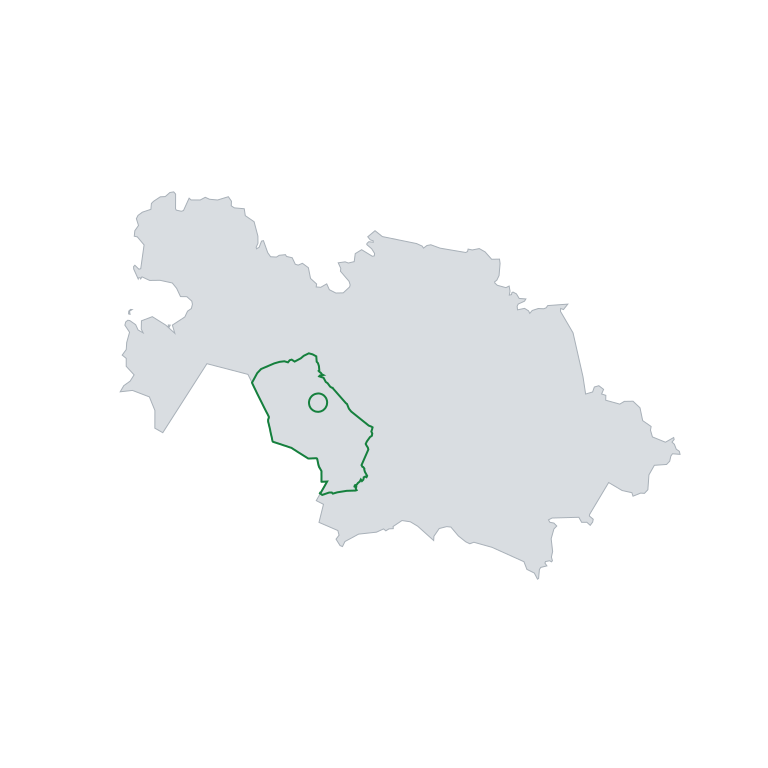 Qyzylorda on a map of Kazakhstan (Albers equal-area conic projection), rotated 27°
{"feature_id": "KAZ-3197", "entity_name": "Qyzylorda", "entity_type": "Region", "adm_level": 1, "iso_a3": "KAZ", "parent_name": "Kazakhstan", "parent_adm1": "", "projection": "albers", "projection_center": [63.953, 45.065], "detail": "fine", "context": "in_parent", "style": "outline", "palette": "green", "viewbox_px": 768, "rotation_deg": 27, "n_neighbors": 0, "source": "natural_earth", "source_scale": "10m", "svg_char_len": 6771}
<svg xmlns="http://www.w3.org/2000/svg" viewBox="0 0 768 768"><g transform="rotate(27 384 384)"><path d="M457.9,508.7L454.2,510.8L452.3,514.0L449.4,513.3L444.6,519.4L429.5,529.3L420.7,542.1L420.8,547.7L418.2,547.9L411.7,544.0L412.6,539.1L409.4,535.5L388.9,536.8L384.7,518.7L376.6,518.7L377.5,496.7L372.8,499.4L367.6,489.8L357.9,481.0L350.4,484.7L330.5,482.9L310.8,485.6L297.9,470.2L295.6,465.1L258.4,437.2L217.0,446.3L209.0,527.8L199.9,527.4L191.9,511.6L180.8,502.0L162.8,503.9L152.5,510.7L152.9,503.6L156.5,496.7L157.2,489.3L146.3,485.3L142.7,478.2L137.6,477.1L138.7,470.3L135.9,463.8L133.8,453.4L126.4,449.2L125.7,446.0L126.8,443.5L128.7,442.9L135.8,443.9L140.3,447.5L146.2,447.8L142.8,445.3L139.2,437.8L147.0,429.2L162.8,430.6L174.6,433.8L168.7,427.6L176.1,414.7L175.9,408.3L178.1,404.2L177.1,399.9L175.1,397.4L168.7,395.7L163.0,398.5L155.8,392.9L149.5,390.1L137.3,393.3L128.2,398.1L119.7,398.4L119.5,400.8L118.5,400.0L117.1,400.9L117.3,402.0L108.8,395.2L107.6,393.1L108.1,391.3L113.5,393.0L114.9,391.7L107.1,369.0L97.4,364.9L94.4,365.7L92.4,360.5L93.3,354.2L88.3,349.1L88.3,345.4L90.7,340.6L97.0,334.2L94.8,328.7L95.7,325.9L99.7,318.8L104.0,316.3L106.3,310.6L109.4,308.3L112.1,309.4L118.7,322.5L120.0,323.4L125.0,322.1L126.6,320.5L126.0,306.9L128.5,307.6L136.7,303.5L140.0,298.8L144.7,298.6L152.2,295.6L160.3,287.8L165.1,290.4L167.0,294.6L170.7,295.0L179.9,291.3L184.0,297.0L194.6,298.4L204.5,309.5L207.8,315.8L208.0,320.2L209.1,321.4L210.7,318.8L210.0,312.3L211.5,311.0L220.8,319.8L225.2,322.1L230.6,319.7L232.2,316.9L237.5,313.5L239.2,314.6L244.9,313.2L250.6,317.6L253.6,317.0L256.5,313.5L263.8,314.7L270.6,323.3L278.6,325.5L279.5,328.3L283.7,326.6L287.5,320.8L292.5,324.8L299.8,324.8L306.3,321.3L309.3,313.2L308.9,311.1L306.3,308.4L294.0,303.3L293.0,300.6L288.2,296.8L293.9,292.8L297.3,292.4L301.9,288.5L299.2,280.9L303.1,274.5L315.7,275.5L317.2,274.2L316.3,271.9L311.6,269.1L305.4,267.6L305.0,266.5L305.9,264.1L310.1,262.6L309.3,261.3L306.3,261.8L302.7,260.2L306.4,251.5L315.6,253.4L349.2,244.1L355.4,243.8L357.5,245.0L359.4,241.1L362.5,238.7L372.3,237.5L397.2,229.7L398.3,228.0L397.7,225.6L401.8,224.5L407.4,220.1L414.1,220.4L423.3,224.0L430.2,220.3L432.7,223.9L437.3,235.2L437.4,240.3L436.2,242.7L436.9,243.7L440.2,244.6L448.9,242.8L451.0,239.9L454.1,244.0L455.3,247.9L457.0,246.5L456.5,244.5L457.2,243.5L461.1,243.6L465.6,246.4L471.8,243.8L471.6,246.4L467.3,251.8L467.3,254.2L469.3,257.3L474.9,252.8L479.6,253.2L481.8,254.9L482.7,251.2L487.2,246.7L492.1,244.5L493.9,242.5L494.3,239.8L511.5,229.4L510.1,236.2L507.1,236.5L508.3,239.2L529.2,252.6L558.0,287.2L568.2,301.4L573.5,296.4L572.8,291.2L576.2,288.0L582.1,289.1L582.4,294.1L586.8,293.4L588.9,297.8L603.2,294.9L606.0,290.4L613.7,286.3L622.9,289.0L631.1,299.2L641.3,300.6L642.4,304.2L647.2,309.3L661.2,308.1L666.4,300.2L667.7,301.7L667.0,305.0L670.1,305.9L674.0,309.4L677.7,309.9L679.7,312.3L672.7,315.2L672.3,317.9L673.6,323.1L672.3,327.4L661.8,333.7L661.3,344.7L667.1,358.4L665.7,363.2L662.2,364.7L656.8,370.9L654.2,368.3L644.6,370.8L628.9,369.8L626.4,406.8L626.9,408.4L631.8,409.5L632.6,412.3L631.9,416.3L627.5,415.1L622.9,417.5L618.1,414.3L594.6,427.1L592.2,430.4L594.6,431.9L598.5,430.8L602.4,432.1L601.2,436.1L603.2,446.0L610.3,456.7L611.7,462.2L614.3,465.0L614.0,466.4L611.8,466.3L608.5,468.9L608.7,470.5L611.7,472.1L606.9,476.3L606.7,478.8L610.0,487.0L609.4,488.2L603.8,484.2L595.5,484.3L589.4,478.8L554.3,480.5L535.9,484.2L533.0,487.4L528.5,487.5L519.2,485.6L508.6,481.1L504.6,482.6L498.8,487.7L497.6,497.0L499.3,500.9L478.6,495.4L470.0,494.8L462.0,497.5L456.8,506.8L457.9,508.7ZM126.1,437.2L124.6,437.5L123.5,434.9L124.3,432.6L125.8,432.0L124.2,434.7L126.1,437.2ZM166.8,431.0L165.5,430.4L165.0,429.3L166.8,428.6L166.8,431.0Z" fill="#d9dde1" stroke="#a8b0b8" stroke-width="1"/><path d="M311.4,485.9L311.0,485.8L310.7,485.6L309.5,484.2L308.7,483.1L307.8,482.0L306.9,481.0L306.0,479.9L305.1,478.8L304.2,477.7L303.4,476.6L302.5,475.5L301.4,474.2L300.5,473.2L299.7,472.2L297.9,470.2L297.0,468.6L296.9,468.1L296.8,466.9L296.7,466.4L296.5,465.8L296.1,465.3L295.1,464.6L293.8,463.6L291.9,462.3L289.7,460.7L287.1,458.8L284.3,456.7L281.3,454.5L278.3,452.3L275.2,450.0L272.2,447.7L269.4,445.6L266.8,443.6L265.8,442.8L266.1,431.8L267.7,426.4L276.9,415.4L281.0,411.6L284.9,409.0L288.6,408.3L289.2,405.6L290.7,404.2L294.2,404.6L298.2,398.9L299.7,395.3L303.1,390.8L306.9,390.0L311.1,390.1L313.9,394.7L315.7,395.4L317.9,397.6L320.1,401.1L319.8,402.0L321.2,402.5L322.6,402.7L324.3,403.6L325.7,403.6L323.0,405.6L322.8,406.6L327.3,405.9L331.2,408.6L333.4,408.9L337.2,410.8L339.2,411.0L340.0,410.7L340.5,411.1L358.8,418.4L360.1,418.6L363.9,421.9L367.2,423.4L389.3,428.0L391.9,427.7L393.5,427.8L394.0,430.0L394.3,432.1L396.0,433.4L396.7,435.6L395.6,437.7L394.8,443.0L394.9,445.7L396.4,446.8L398.5,448.0L399.8,449.5L400.8,466.5L402.4,467.6L403.0,467.4L404.0,467.8L405.0,468.4L405.2,469.1L406.8,470.9L410.7,473.5L410.7,475.0L409.3,475.0L408.3,476.4L408.7,477.2L409.0,478.7L408.4,480.5L406.7,479.6L406.7,481.9L405.7,484.1L405.4,486.1L404.0,487.5L404.4,489.6L404.8,487.8L405.3,487.5L405.4,488.3L406.0,488.3L406.2,489.8L407.3,490.7L407.8,491.0L407.1,491.8L399.3,496.1L391.6,501.7L388.2,504.9L386.7,504.4L384.3,505.7L379.3,510.9L378.0,510.7L376.5,510.5L376.5,509.9L376.5,509.7L376.9,509.4L377.0,509.2L377.1,508.4L377.1,507.8L377.4,502.3L377.6,496.7L375.2,498.1L372.9,499.4L372.6,499.4L371.5,497.2L370.3,494.8L369.3,492.9L367.9,490.1L367.6,489.8L367.2,489.6L365.6,488.5L363.9,487.5L363.1,486.7L362.2,485.8L360.5,483.6L358.7,481.3L358.4,481.1L358.2,480.9L357.9,480.8L357.6,480.8L357.4,480.9L357.1,481.0L355.5,481.9L353.9,482.8L352.4,483.7L350.7,484.6L350.2,484.8L349.3,484.7L347.1,484.5L344.8,484.3L342.6,484.1L340.3,483.9L337.9,483.7L335.4,483.4L333.0,483.2L330.5,482.9L329.0,483.2L327.6,483.4L326.1,483.6L324.6,483.8L323.1,484.1L321.6,484.3L320.2,484.5L318.7,484.7L317.8,484.9L316.9,485.0L315.9,485.2L315.0,485.3L314.5,485.4L313.9,485.5L313.3,485.6L312.7,485.7L311.4,485.9L311.4,485.9ZM333.7,439.7L334.6,439.7L335.5,439.6L336.4,439.3L337.2,439.0L338.0,438.7L338.7,438.2L339.4,437.7L340.1,437.1L340.7,436.4L341.2,435.7L341.7,435.0L342.0,434.2L342.3,433.3L342.6,432.4L342.7,431.5L342.7,430.6L342.7,429.6L342.6,428.7L342.3,427.8L342.0,427.0L341.7,426.2L341.2,425.4L340.7,424.7L340.1,424.1L339.5,423.5L338.8,422.9L338.0,422.5L337.3,422.1L336.4,421.8L335.6,421.5L334.7,421.4L333.8,421.3L332.9,421.4L332.0,421.5L331.1,421.7L330.3,422.0L329.5,422.4L328.8,422.9L328.1,423.4L327.4,424.0L326.8,424.6L326.3,425.3L325.8,426.1L325.4,426.9L325.1,427.7L324.9,428.6L324.7,429.5L324.7,430.4L324.7,431.4L324.8,432.3L325.1,433.2L325.3,434.0L325.7,434.8L326.2,435.6L326.7,436.3L327.3,437.0L327.9,437.6L328.6,438.1L329.3,438.6L330.1,439.0L330.9,439.3L331.8,439.5L332.7,439.7L333.7,439.7Z" fill="none" stroke="#15803d" stroke-width="2"/></g></svg>